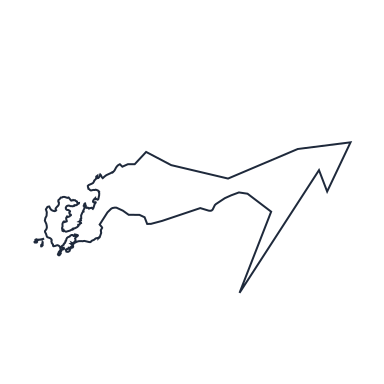 the district of Garðabær, Reykjavík, Iceland, rotated 303°
{"feature_id": "244011B25721014671193", "entity_name": "Garðabær", "entity_type": "district", "adm_level": 2, "iso_a3": "ISL", "parent_name": "Iceland", "parent_adm1": "Reykjavík", "projection": "albers", "projection_center": [-21.974, 64.042], "detail": "fine", "context": "isolated", "style": "outline", "palette": "slate", "viewbox_px": 384, "rotation_deg": 303, "n_neighbors": 0, "source": "geoboundaries", "source_scale": "gbopen_adm2", "svg_char_len": 5749}
<svg xmlns="http://www.w3.org/2000/svg" viewBox="0 0 384 384"><g transform="rotate(303 192 192)"><path d="M222.9,214.9L203.2,159.9L200.6,131.7L184.1,128.8L180.4,123.1L175.3,119.8L176.0,116.4L174.4,115.5L172.8,115.1L171.2,115.0L167.8,115.3L165.5,114.9L165.0,114.7L165.1,114.3L163.8,113.7L159.5,111.0L157.3,110.2L155.0,109.6L155.3,108.3L156.5,106.4L156.7,105.5L153.8,106.0L152.7,105.8L152.2,105.3L152.3,104.7L152.6,104.3L153.9,103.7L152.8,103.3L151.7,104.0L150.5,104.3L148.4,103.8L148.1,103.8L147.7,104.1L145.7,104.1L144.5,103.5L141.6,101.6L140.4,101.3L139.4,102.1L138.6,103.4L138.3,103.4L138.3,104.8L138.1,105.5L138.2,106.3L138.4,106.6L140.0,108.1L140.8,109.5L141.3,109.7L141.6,110.3L142.0,112.1L142.0,112.5L141.8,113.0L141.8,113.8L141.2,113.9L140.9,114.2L140.7,114.7L138.7,115.9L135.0,117.3L134.2,117.1L134.0,115.9L134.1,115.2L134.0,114.8L133.3,114.9L133.0,114.4L133.6,114.1L132.8,113.9L131.1,113.8L130.0,114.2L129.8,114.6L129.8,115.2L130.3,115.8L130.2,116.0L130.3,116.2L130.9,116.7L130.7,117.0L129.7,117.0L129.3,116.8L125.0,118.0L123.8,118.0L123.8,117.8L124.2,117.2L124.2,116.5L123.3,115.7L122.8,115.0L122.0,114.7L121.9,114.5L122.2,113.8L122.2,113.5L121.8,113.0L121.9,112.7L121.8,112.4L121.4,112.2L121.5,111.9L121.5,111.6L121.3,111.4L121.2,111.1L121.5,110.9L122.7,110.4L122.9,110.2L123.1,109.4L123.7,109.1L124.2,108.6L123.9,108.3L123.1,108.3L123.0,108.9L121.8,108.8L121.9,109.1L121.8,109.4L121.0,109.5L120.5,110.3L120.0,110.7L118.1,110.8L117.3,111.1L116.7,111.0L116.4,111.7L115.7,111.3L114.8,111.3L111.9,111.8L109.5,113.5L108.7,113.1L108.1,113.4L108.0,113.5L108.0,114.1L107.8,114.3L107.3,113.7L106.4,113.8L105.8,113.5L106.0,114.0L105.7,114.3L105.7,115.0L105.8,115.5L105.7,115.7L105.5,115.9L104.6,115.3L103.5,115.4L102.5,114.4L102.3,114.5L102.2,115.0L101.9,115.2L100.2,114.9L98.0,113.7L97.0,112.6L96.6,112.5L96.2,112.7L96.0,112.4L96.0,111.9L95.8,111.9L95.4,112.3L95.2,112.2L94.9,111.6L93.2,110.7L90.1,108.0L89.9,107.3L89.8,105.8L90.1,105.3L89.2,105.4L89.2,105.1L88.9,104.8L88.9,104.6L89.1,104.3L90.9,102.7L91.7,102.4L92.6,102.2L94.4,100.9L95.1,100.6L96.4,100.4L97.4,100.5L97.9,101.2L97.9,101.4L97.6,101.7L99.1,102.9L99.4,102.9L100.6,101.4L101.7,100.6L103.5,100.5L103.6,100.8L103.3,101.4L103.4,101.5L104.9,102.6L105.8,102.7L106.5,103.1L106.9,102.8L106.8,102.6L106.8,102.1L107.0,101.4L107.6,100.5L108.1,100.2L109.1,100.4L109.4,100.2L109.6,99.5L109.5,98.1L108.9,96.9L108.9,96.4L109.2,95.4L110.3,94.6L111.8,94.6L112.8,95.2L113.4,95.9L113.6,96.1L113.6,96.6L113.8,96.8L114.0,97.9L114.6,98.8L115.0,99.7L115.5,100.0L115.8,100.6L116.2,100.8L116.9,100.6L117.1,101.2L117.4,101.3L117.9,102.1L118.8,102.6L119.6,102.7L120.8,103.4L121.2,103.2L120.3,102.3L120.2,102.0L120.3,101.8L121.3,100.9L121.4,100.6L121.2,99.3L121.4,98.3L120.7,97.3L120.6,96.6L120.0,96.5L119.6,95.8L119.0,95.4L119.1,94.7L119.3,94.3L120.2,91.5L120.1,91.3L119.2,90.7L118.5,87.9L117.5,86.4L116.5,85.9L115.9,85.0L113.8,84.8L112.6,84.4L111.9,84.6L111.0,85.2L110.9,85.4L110.9,85.9L110.5,86.3L108.9,87.1L107.7,87.2L106.0,86.8L104.0,86.6L103.2,87.0L102.8,88.0L102.0,87.9L101.3,87.4L101.0,87.0L100.6,85.8L100.4,84.8L100.4,83.8L100.5,83.1L101.4,81.2L102.1,80.2L101.9,79.9L100.8,78.9L97.9,78.9L96.0,81.2L92.8,83.0L90.3,83.2L87.8,84.2L85.9,87.2L84.4,88.7L83.0,89.7L81.5,90.1L79.1,90.0L78.4,90.6L77.3,92.5L75.7,94.4L75.4,95.1L75.4,95.6L75.8,97.2L76.0,98.1L75.9,99.3L75.7,99.9L75.2,100.6L74.2,100.8L73.5,101.7L73.0,102.0L72.8,102.4L72.2,104.1L71.4,104.6L71.1,105.0L71.1,105.4L72.1,106.5L73.7,107.7L74.2,108.3L74.4,109.7L74.3,110.3L74.0,111.3L72.0,113.3L68.9,113.0L67.9,113.4L66.8,113.4L66.3,114.2L66.4,114.9L66.8,115.3L69.0,115.4L69.3,114.9L69.4,114.7L72.4,114.3L73.3,114.7L74.0,115.5L74.3,115.5L75.1,115.3L75.4,114.8L74.9,114.3L74.6,113.4L74.3,112.9L74.3,112.6L75.1,112.2L76.1,112.4L77.8,113.1L78.5,112.8L78.9,113.0L79.7,112.9L80.1,113.2L81.3,113.0L81.7,112.6L82.6,112.9L84.1,112.3L85.5,112.2L86.4,112.5L87.6,113.3L87.9,113.6L89.3,113.8L90.4,114.5L90.8,115.1L90.7,115.5L91.0,116.2L90.7,116.7L90.8,116.8L91.4,116.8L91.1,117.1L91.4,117.5L91.3,117.8L91.5,118.1L92.0,118.0L92.7,117.6L92.9,117.6L93.5,119.3L93.5,119.9L93.4,120.0L92.6,120.0L91.0,119.3L89.4,119.2L89.0,119.8L87.7,120.9L87.5,120.7L86.4,120.7L84.7,120.2L84.1,120.3L84.0,120.2L83.9,119.2L83.6,119.8L83.4,119.6L83.5,119.0L83.0,119.0L82.7,118.7L82.7,119.0L82.5,119.3L83.0,119.6L82.6,119.7L82.7,120.1L82.7,120.3L82.0,121.1L81.4,120.9L80.6,121.2L80.1,121.0L79.8,120.3L78.8,120.2L78.2,119.0L77.8,119.2L76.8,119.0L76.6,118.9L76.5,118.4L75.9,118.3L75.7,117.9L75.3,117.6L75.6,117.2L74.7,117.7L74.3,118.4L73.6,119.0L73.8,119.9L74.5,120.8L75.8,121.4L76.3,121.4L77.2,120.9L79.2,121.1L79.8,121.3L80.3,122.1L81.2,122.2L81.9,121.8L82.7,120.8L83.4,120.8L85.1,121.1L87.4,122.4L89.0,123.7L90.6,126.0L91.2,127.2L91.9,127.8L92.4,128.5L94.0,133.0L94.5,133.9L94.9,134.2L96.5,134.5L98.6,135.9L100.6,136.5L101.9,137.7L102.2,138.3L102.0,138.5L102.3,138.5L102.5,138.8L103.1,138.6L103.3,138.8L103.2,139.0L103.4,139.1L103.6,138.8L104.2,139.1L108.3,138.1L109.1,137.2L109.7,137.0L110.3,136.3L113.0,136.2L113.5,135.4L114.4,132.3L128.9,132.2L133.9,133.3L135.2,134.0L136.9,135.8L137.7,137.2L138.7,144.2L138.4,151.3L144.2,160.4L145.0,166.0L140.8,171.8L143.0,175.0L151.4,182.6L183.0,207.7L185.5,216.3L186.3,217.7L187.1,218.5L188.5,218.9L193.4,218.3L194.8,218.6L204.7,222.9L210.6,226.7L217.2,231.6L220.8,239.5L218.6,269.1L133.3,286.8L279.5,286.6L266.0,305.1L320.0,297.9L285.7,257.3L222.9,214.9ZM67.4,87.1L66.7,86.7L66.1,87.3L65.4,87.2L65.0,87.4L64.3,87.1L64.1,87.3L64.0,87.6L64.7,88.9L65.2,89.3L65.7,89.3L65.9,88.8L67.0,88.7L67.5,88.8L68.6,89.7L70.8,92.5L72.4,93.2L71.1,92.3L69.4,90.5L67.8,88.4L67.7,87.4L67.4,87.1ZM67.9,94.6L68.7,94.0L68.7,93.9L66.8,94.7L65.3,94.4L64.3,95.1L64.5,95.5L65.9,95.8L66.3,95.6L66.5,95.2L67.9,94.6Z" fill="none" stroke="#1e293b" stroke-width="2"/></g></svg>